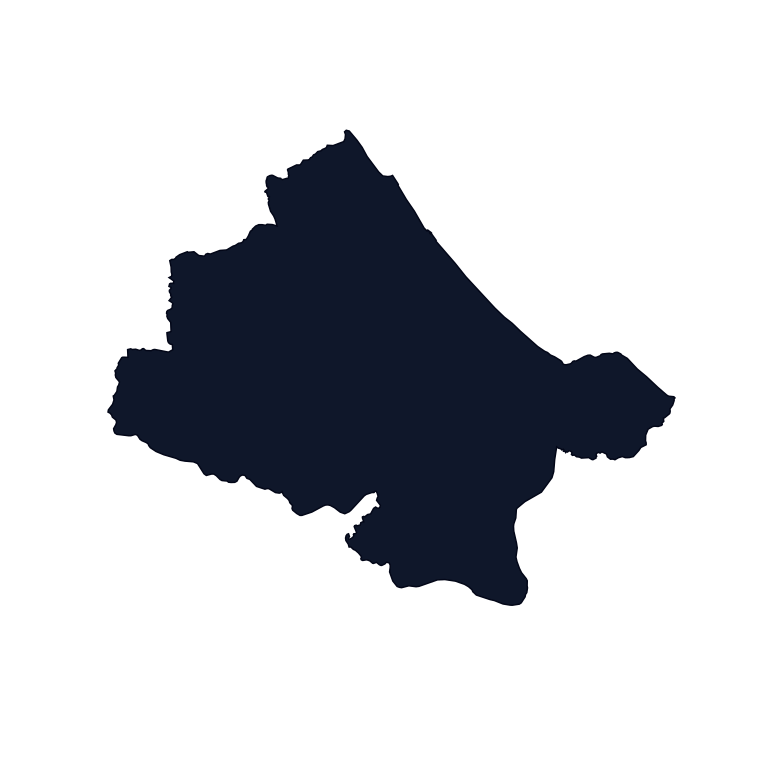 San Juan De Urabá, Antioquia, Colombia, rotated 71°
{"feature_id": "7082276B41471862384078", "entity_name": "San Juan De Urabá", "entity_type": "district", "adm_level": 2, "iso_a3": "COL", "parent_name": "Colombia", "parent_adm1": "Antioquia", "projection": "orthographic", "projection_center": [-76.53, 8.711], "detail": "fine", "context": "isolated", "style": "filled", "palette": "ink", "viewbox_px": 768, "rotation_deg": 71, "n_neighbors": 0, "source": "geoboundaries", "source_scale": "gbopen_adm2", "svg_char_len": 6170}
<svg xmlns="http://www.w3.org/2000/svg" viewBox="0 0 768 768"><g transform="rotate(71 384 384)"><path d="M295.9,633.4L298.5,635.1L300.0,636.9L304.1,639.0L306.9,642.7L307.2,643.9L311.2,644.5L314.8,647.2L318.7,653.0L320.7,654.1L322.4,652.5L324.6,651.6L326.9,651.6L330.7,649.2L333.1,649.3L335.1,650.7L338.2,654.2L340.5,654.6L342.8,654.4L344.6,653.0L349.7,642.4L350.5,640.2L350.7,635.5L352.2,633.8L356.8,632.7L358.8,631.3L361.8,628.0L363.6,626.6L365.9,626.4L368.1,625.7L373.6,621.5L379.2,615.2L386.5,604.9L389.7,601.6L392.1,597.3L395.5,589.6L398.5,586.2L410.3,583.4L412.6,581.8L413.0,576.3L413.8,574.2L416.1,572.4L420.9,570.1L422.5,568.7L424.7,563.9L426.2,563.0L427.3,560.7L428.4,557.1L428.0,554.7L425.0,551.3L424.1,549.6L424.0,547.3L425.2,545.2L428.6,544.3L430.5,541.9L439.3,537.9L444.7,530.8L444.8,528.6L445.6,526.8L451.3,522.0L453.1,518.5L453.1,516.7L452.5,515.5L456.6,515.1L460.9,512.5L463.3,511.6L465.6,511.7L469.2,510.1L471.8,511.5L473.6,511.4L478.0,508.7L480.9,506.2L481.5,504.4L481.6,493.9L479.5,481.1L479.4,478.7L480.1,476.3L481.3,474.3L484.8,471.1L490.9,467.1L493.9,463.3L493.4,458.4L492.5,456.2L483.3,439.1L482.6,436.7L482.7,429.7L483.1,429.7L483.3,428.7L482.4,427.3L482.8,426.4L484.5,426.0L488.3,426.1L489.6,427.5L491.6,428.9L497.5,426.9L499.3,428.1L499.7,429.5L499.4,430.5L497.6,432.0L498.2,434.3L502.5,439.0L502.1,442.1L503.3,445.3L502.6,446.3L502.6,447.6L503.5,448.0L507.7,448.0L507.4,449.2L507.6,451.1L509.6,452.4L509.3,455.7L508.4,456.3L508.4,457.9L509.1,458.6L515.5,458.3L516.3,459.3L515.8,461.3L516.3,461.9L517.7,462.0L518.9,463.6L519.6,466.6L519.4,467.6L518.1,467.6L517.0,466.3L514.1,466.3L514.1,467.7L515.1,469.2L517.1,470.5L519.6,471.0L523.8,469.9L526.8,470.1L527.3,468.4L530.4,466.8L531.9,465.2L535.3,463.2L539.0,461.8L540.5,461.7L541.7,462.8L542.9,462.7L543.9,461.6L544.5,457.9L545.4,456.4L546.7,454.9L549.8,453.1L550.2,452.4L550.2,449.1L553.4,447.2L554.5,446.0L554.8,445.2L554.4,441.7L553.3,439.8L554.7,437.4L557.1,437.1L559.3,437.8L563.5,439.9L573.2,439.8L579.7,437.5L581.2,435.7L582.3,433.7L582.9,426.2L586.1,419.7L586.7,416.8L586.6,397.2L588.7,390.1L593.6,380.7L599.6,373.1L603.1,370.1L607.1,367.8L609.4,367.6L613.6,365.4L622.2,354.1L624.7,350.1L630.7,343.1L634.2,336.6L635.0,334.4L636.2,327.7L635.6,325.5L631.2,319.9L629.1,318.7L627.7,316.9L623.5,314.7L621.2,314.3L616.7,312.6L614.4,312.9L607.2,315.4L602.4,316.0L595.2,316.1L590.6,315.6L582.4,311.4L577.4,310.5L565.4,309.2L560.8,307.9L558.5,306.8L553.6,303.0L545.7,299.7L544.7,298.6L541.1,289.1L537.5,270.4L527.3,255.7L522.2,252.1L511.0,247.2L499.6,241.2L501.3,240.1L502.8,238.0L504.4,237.2L504.0,235.8L505.1,235.3L506.1,236.1L506.8,234.6L508.0,234.5L507.4,233.4L508.1,232.6L507.3,230.8L508.6,229.1L509.5,228.9L509.9,228.4L511.6,229.7L512.8,229.1L513.2,227.0L515.4,225.7L516.8,222.9L518.3,221.5L520.3,214.3L522.9,212.2L523.6,211.1L523.1,207.7L522.5,207.6L521.6,206.4L520.0,206.5L518.8,205.7L518.5,203.4L519.7,202.2L519.1,200.1L522.7,196.4L525.6,196.5L528.8,194.4L529.6,191.8L530.8,190.3L530.0,186.4L530.2,182.3L532.2,179.8L533.4,176.2L533.8,171.9L529.8,164.6L527.6,161.8L526.8,155.9L525.0,155.3L522.8,155.2L517.5,153.2L512.7,149.0L511.7,143.8L512.0,141.8L513.4,138.6L513.5,135.1L513.0,134.1L511.4,133.9L510.5,131.7L507.2,130.9L507.3,129.8L505.1,123.8L504.5,123.1L503.0,122.3L500.6,121.7L497.9,117.9L494.2,115.1L492.4,114.5L491.9,113.4L490.4,114.1L488.2,118.8L486.5,120.3L476.3,126.2L462.6,133.4L452.4,139.6L439.0,145.6L434.0,149.9L432.7,150.3L430.2,152.7L429.6,154.2L429.5,156.1L430.0,157.8L428.3,161.0L426.7,167.6L426.8,169.1L427.7,170.4L427.9,175.0L427.0,176.7L423.9,179.5L423.2,181.7L423.3,185.8L424.9,195.0L424.1,196.6L424.1,198.0L425.4,200.2L425.6,201.5L425.1,205.7L423.9,208.0L420.4,208.7L418.9,209.7L413.8,213.9L410.8,217.2L407.5,219.1L405.4,221.4L398.6,226.5L378.4,237.9L368.4,243.0L360.1,248.4L348.2,254.5L309.2,271.7L292.7,277.6L264.9,288.8L265.3,288.5L265.1,287.9L257.8,290.1L256.9,290.0L257.3,291.2L256.0,291.7L255.5,290.6L252.7,292.5L253.3,293.5L249.7,295.3L230.5,299.0L216.8,302.8L200.3,306.2L200.2,305.6L199.3,305.6L189.6,308.0L189.7,310.2L189.1,312.9L186.9,317.4L181.8,320.0L163.4,325.9L153.2,327.6L144.6,330.2L133.5,334.5L131.8,337.1L132.7,339.2L135.6,339.2L139.5,341.0L141.7,343.2L142.0,354.5L139.8,359.9L141.6,361.4L142.0,362.7L142.2,365.9L143.0,367.8L142.7,371.0L144.3,374.0L144.4,376.0L146.0,378.1L146.1,379.7L147.5,381.7L147.4,383.1L146.1,387.4L149.1,391.2L149.5,392.4L148.4,395.3L149.5,404.9L150.1,405.5L152.6,405.5L154.8,406.2L156.0,406.0L156.7,406.8L158.0,407.3L158.3,408.1L157.9,408.8L157.7,413.4L156.8,414.5L155.9,414.7L154.6,417.4L150.5,421.3L150.0,422.5L149.8,424.2L150.2,426.8L151.1,427.6L151.8,427.6L152.1,428.3L152.8,428.2L153.1,429.0L153.8,429.4L155.8,430.0L156.8,429.8L157.4,430.3L159.4,430.4L160.5,429.5L161.7,430.2L163.1,433.9L163.7,434.0L164.7,432.7L168.9,432.7L169.4,431.5L169.8,431.4L171.4,433.2L173.2,432.8L174.5,434.2L176.4,434.7L183.8,435.0L189.1,433.6L192.5,433.3L199.8,433.6L196.9,437.7L194.9,442.5L195.4,444.3L193.7,447.3L192.6,450.6L192.9,454.0L194.8,458.1L195.5,458.4L196.1,460.6L199.8,464.0L202.5,467.1L201.9,469.6L203.4,470.8L204.1,472.8L203.6,475.7L204.6,479.6L204.5,481.8L206.0,489.3L204.3,495.7L204.6,505.9L203.2,508.2L203.3,510.2L204.7,512.1L202.2,517.3L197.1,520.6L195.8,526.1L194.9,526.9L195.2,535.1L196.4,539.3L197.2,540.1L197.8,542.0L197.1,544.2L197.6,546.4L204.1,547.2L208.9,548.7L211.2,548.8L213.0,549.8L213.4,552.6L218.3,549.1L219.5,550.1L220.4,550.2L219.3,552.9L219.5,554.1L221.7,555.6L223.4,553.8L224.6,554.6L225.5,556.4L227.0,556.9L229.7,556.3L230.5,556.8L232.2,556.8L232.8,556.4L235.2,560.1L237.7,558.1L239.1,557.4L239.8,557.7L240.5,558.5L243.0,559.5L243.9,561.6L244.0,564.4L244.7,565.7L246.3,566.6L248.0,566.4L249.1,567.2L251.7,567.2L256.3,565.6L264.7,568.1L265.1,568.9L264.8,572.5L266.1,572.9L272.9,574.4L274.8,574.3L276.6,573.2L277.8,571.3L282.8,572.6L283.7,577.4L276.7,589.5L276.4,591.0L276.7,593.4L274.7,598.4L272.3,599.7L272.0,600.9L272.8,603.0L272.5,604.5L270.3,607.4L269.4,610.8L268.3,612.0L268.0,615.2L275.4,617.4L273.6,622.3L273.7,623.4L277.9,628.5L279.3,628.6L280.4,629.4L281.6,631.0L282.5,631.3L284.0,634.1L286.3,634.2L288.0,635.1L290.6,635.4L295.9,633.4Z" fill="#0f172a" stroke="#020617" stroke-width="1.5"/></g></svg>